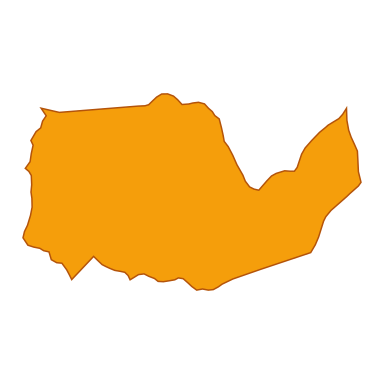 outline of Pires Ferreira, Ceará, Brazil
{"feature_id": "56859067B7581149614600", "entity_name": "Pires Ferreira", "entity_type": "district", "adm_level": 2, "iso_a3": "BRA", "parent_name": "Brazil", "parent_adm1": "Ceará", "projection": "equal_earth", "projection_center": [-40.577, -4.258], "detail": "fine", "context": "isolated", "style": "filled", "palette": "amber", "viewbox_px": 384, "rotation_deg": 0, "n_neighbors": 0, "source": "geoboundaries", "source_scale": "gbopen_adm2", "svg_char_len": 1605}
<svg xmlns="http://www.w3.org/2000/svg" viewBox="0 0 384 384"><path d="M346.7,196.6L349.8,193.6L358.4,186.0L361.0,182.3L358.4,171.7L357.9,160.8L357.4,151.1L354.5,144.5L351.1,137.1L348.7,130.3L346.9,120.3L346.5,108.3L342.7,114.3L338.9,118.6L328.2,125.1L325.0,127.9L319.5,132.4L311.7,140.5L305.2,147.9L301.6,154.2L297.2,167.4L294.4,171.2L290.0,171.2L284.6,170.8L276.2,173.4L271.5,176.0L267.0,180.7L258.8,190.2L254.0,189.1L249.6,186.9L245.3,181.2L242.9,175.2L236.9,164.7L232.8,155.4L228.2,146.6L224.2,141.4L223.2,135.7L221.5,127.9L219.2,118.9L214.8,115.6L212.3,111.6L208.5,108.3L204.5,103.9L198.5,102.3L192.8,103.0L188.8,104.0L182.0,104.5L177.6,99.7L173.5,96.1L167.7,93.9L161.7,94.0L156.6,97.1L152.6,100.9L148.7,104.7L145.0,105.8L138.1,106.1L59.3,112.4L41.1,108.2L46.2,115.8L42.6,121.1L40.7,127.9L36.1,131.6L30.9,140.5L33.1,145.2L31.3,153.5L30.1,161.7L25.3,168.4L28.9,171.4L31.3,175.5L31.7,184.8L31.0,192.1L31.9,198.3L32.1,207.2L30.5,215.4L27.5,225.3L24.5,231.5L23.0,237.8L27.9,245.2L33.8,247.1L39.8,248.3L43.7,250.7L49.0,251.9L51.3,259.7L56.7,262.7L61.9,263.2L66.7,269.8L69.5,275.1L71.7,279.6L93.6,256.4L97.3,260.0L102.1,264.6L105.8,266.5L109.9,268.4L114.8,270.4L120.1,271.3L124.8,272.3L128.1,275.5L130.1,279.8L133.7,277.6L138.5,274.6L144.1,273.9L148.8,276.3L154.5,278.5L158.1,281.4L163.3,281.7L169.1,280.8L174.8,279.8L178.4,277.9L183.2,278.7L188.2,283.1L191.8,286.5L196.7,290.1L202.5,289.0L208.3,290.1L213.3,289.6L218.3,286.9L222.2,284.1L232.8,279.0L261.0,269.2L310.7,252.6L315.3,244.8L318.6,237.0L323.6,221.1L325.8,216.7L331.0,210.4L346.7,196.6Z" fill="#f59e0b" stroke="#b45309" stroke-width="1.5"/></svg>